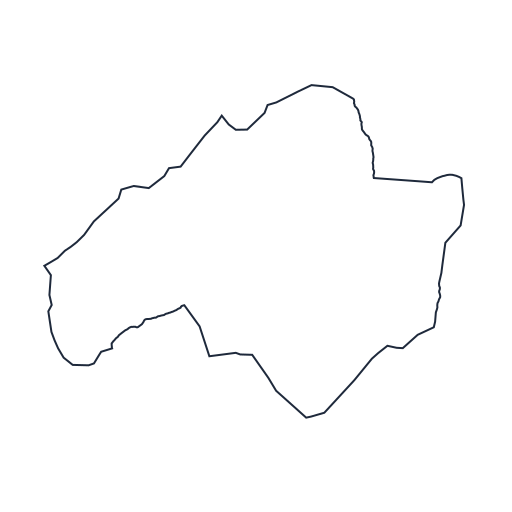 outline of Manxan, Hovd, Mongolia, rotated 85°
{"feature_id": "93677404B19560479814297", "entity_name": "Manxan", "entity_type": "district", "adm_level": 2, "iso_a3": "MNG", "parent_name": "Mongolia", "parent_adm1": "Hovd", "projection": "mercator", "projection_center": [92.211, 47.361], "detail": "fine", "context": "isolated", "style": "outline", "palette": "slate", "viewbox_px": 512, "rotation_deg": 85, "n_neighbors": 0, "source": "geoboundaries", "source_scale": "gbopen_adm2", "svg_char_len": 3680}
<svg xmlns="http://www.w3.org/2000/svg" viewBox="0 0 512 512"><g transform="rotate(85 256 256)"><path d="M107.6,145.7L94.5,164.9L90.6,185.8L95.9,200.0L104.8,222.4L106.6,231.3L114.2,235.0L129.3,253.8L128.5,265.1L122.6,271.7L113.2,277.9L119.4,282.9L131.5,296.6L149.5,313.3L160.4,323.3L160.9,335.0L168.4,340.4L179.0,356.9L175.6,371.8L178.1,384.4L186.8,387.9L207.4,414.5L220.0,425.4L226.6,433.4L230.7,439.7L234.1,445.9L240.7,453.8L244.6,461.9L247.3,467.7L257.2,462.0L276.8,465.2L287.0,463.8L293.0,467.7L313.8,466.4L322.5,464.0L330.7,461.2L340.5,456.5L348.5,448.1L350.3,432.3L348.9,426.8L340.9,420.9L337.9,418.6L335.5,407.4L334.7,407.6L334.3,407.5L333.7,407.5L333.4,407.5L333.0,407.6L332.4,407.5L330.9,407.5L330.5,407.4L330.4,407.2L330.2,407.1L329.5,406.5L329.1,406.1L328.4,405.5L327.8,404.7L325.7,402.6L324.5,400.7L323.0,399.5L321.2,396.8L318.8,393.0L318.5,392.5L318.2,391.5L317.6,390.2L316.8,389.2L316.2,388.0L315.7,386.4L315.8,385.7L315.9,384.9L315.8,384.3L315.9,383.4L315.9,382.6L316.2,382.0L316.6,381.2L316.7,380.6L316.5,379.7L315.8,378.6L314.0,375.6L313.5,375.2L312.1,374.0L310.9,373.3L309.9,372.5L309.5,371.7L309.3,370.8L309.3,369.4L309.4,368.1L309.4,367.3L309.4,366.9L309.4,366.1L309.1,365.4L308.9,364.6L308.8,363.4L308.6,362.8L308.7,361.1L308.5,360.7L307.9,359.6L307.5,358.8L307.4,357.1L307.1,355.9L306.9,354.1L306.8,352.8L306.4,352.1L305.9,351.2L305.7,350.6L305.5,349.2L305.4,348.6L305.1,348.0L305.0,347.1L304.8,346.0L304.4,345.1L304.3,344.1L304.0,343.2L303.4,341.7L302.9,340.0L302.2,338.9L301.8,338.1L301.4,336.8L301.0,335.8L300.8,335.5L300.0,335.2L299.7,334.8L299.3,334.3L299.2,333.7L299.1,333.2L298.9,332.7L298.9,332.2L298.8,331.7L321.2,318.3L351.8,311.2L350.7,284.6L352.7,280.3L354.1,268.4L378.5,254.3L392.0,247.7L421.4,220.1L420.8,215.3L418.1,201.6L388.3,168.9L368.4,149.5L363.4,142.8L356.9,132.9L359.7,123.9L360.6,117.8L348.6,101.8L342.5,85.1L337.1,83.3L328.2,81.8L327.7,81.7L326.2,81.0L324.8,80.4L323.1,79.8L320.7,79.7L318.8,79.3L317.1,78.2L315.2,77.5L314.1,76.8L313.3,76.2L312.2,76.0L311.1,76.0L309.4,76.3L308.0,76.7L306.9,76.6L305.2,75.8L304.1,75.6L303.2,75.6L301.9,76.1L299.4,76.1L297.6,75.6L289.0,72.8L281.5,71.2L259.3,66.2L243.4,49.5L223.2,44.3L217.5,44.5L205.8,44.6L196.4,44.6L195.0,46.7L193.6,49.4L192.2,53.4L191.9,56.2L192.0,58.7L192.5,61.3L192.7,63.1L193.4,65.7L194.2,68.5L195.1,70.5L195.7,71.7L196.6,72.8L197.9,74.3L196.1,85.2L193.3,102.6L188.6,131.8L188.1,131.9L187.4,131.9L186.6,131.9L185.7,132.0L185.1,131.7L184.2,131.3L183.3,131.1L182.6,131.0L181.8,131.0L181.3,131.0L180.5,131.4L180.1,131.6L179.5,131.8L179.0,131.7L178.2,131.5L177.5,131.5L176.6,131.4L175.6,131.4L174.6,131.4L174.1,131.6L173.6,131.6L173.0,131.6L172.6,131.4L171.8,131.1L170.3,130.8L169.0,130.7L168.3,130.4L167.6,130.3L166.4,130.4L165.6,130.4L164.9,130.5L164.1,130.5L163.1,130.6L161.9,130.8L161.3,130.8L160.6,130.7L159.3,130.4L158.3,130.6L157.7,130.7L157.1,131.0L155.7,131.6L154.3,131.4L153.1,131.3L152.4,131.3L151.5,131.6L150.4,132.4L149.3,133.0L148.2,133.1L146.9,133.5L146.3,134.0L145.0,135.7L144.4,136.3L141.8,137.8L140.5,138.7L139.2,139.4L138.1,139.4L136.7,139.3L135.8,139.4L134.7,139.5L133.6,139.5L132.8,139.3L132.2,139.0L131.9,139.0L131.4,139.2L130.8,139.7L130.1,140.2L129.3,140.1L128.7,140.1L128.0,140.2L127.4,140.3L126.9,140.4L126.5,140.3L126.1,140.3L125.6,140.3L125.1,140.4L124.6,140.5L124.0,140.6L123.6,140.7L122.9,140.9L122.1,141.2L121.2,141.3L120.5,141.3L120.0,141.5L119.4,141.6L118.9,141.8L118.0,142.4L117.8,142.6L117.3,142.8L116.9,143.0L116.1,143.9L115.4,144.4L114.9,144.6L114.0,144.6L113.6,144.6L113.2,144.8L112.3,145.1L111.6,144.9L110.6,144.7L110.1,144.7L109.6,144.8L109.2,144.8L108.6,144.8L108.0,145.3L107.6,145.7Z" fill="none" stroke="#1e293b" stroke-width="2"/></g></svg>